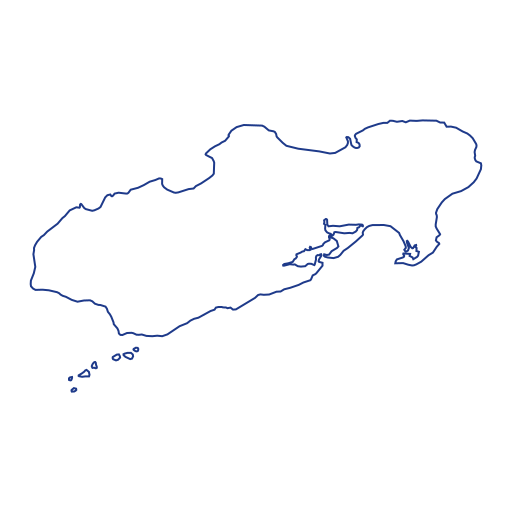 the district of Utila, Islas de la Bahía, Honduras
{"feature_id": "27666195B66203278575702", "entity_name": "Utila", "entity_type": "district", "adm_level": 2, "iso_a3": "HND", "parent_name": "Honduras", "parent_adm1": "Islas de la Bahía", "projection": "albers", "projection_center": [-86.928, 16.088], "detail": "fine", "context": "isolated", "style": "outline", "palette": "blue", "viewbox_px": 512, "rotation_deg": 0, "n_neighbors": 0, "source": "geoboundaries", "source_scale": "gbopen_adm2", "svg_char_len": 6044}
<svg xmlns="http://www.w3.org/2000/svg" viewBox="0 0 512 512"><path d="M362.9,130.4L356.1,133.8L355.2,134.8L354.8,135.9L355.5,137.9L356.8,139.4L356.6,142.1L358.5,142.9L359.5,144.3L359.7,146.2L358.9,147.4L357.6,147.9L356.0,148.0L354.5,147.5L352.6,146.2L351.4,144.9L350.1,138.8L348.4,137.2L346.8,137.0L346.3,137.4L347.9,141.2L347.9,143.1L347.2,145.0L345.4,147.3L335.2,152.9L329.9,153.5L319.3,151.4L298.2,148.7L286.4,145.8L282.7,142.8L277.2,137.3L276.6,136.4L276.1,133.9L274.8,131.9L273.5,131.3L268.8,130.4L264.4,126.7L262.1,125.6L243.8,125.0L236.6,127.1L231.4,130.7L228.7,134.6L228.5,135.2L229.0,136.0L228.8,136.5L225.1,140.8L221.6,142.5L219.4,144.2L215.0,146.3L210.3,149.3L205.9,153.5L205.6,154.4L206.2,155.1L212.1,158.1L213.7,161.1L214.2,162.7L213.8,173.7L212.4,175.5L209.1,178.1L201.1,183.4L195.9,186.1L193.6,188.5L188.6,189.1L178.3,192.4L175.7,192.8L173.9,192.5L167.2,189.6L164.1,187.3L162.8,185.6L162.1,183.9L162.2,179.1L160.8,178.5L159.1,178.4L155.4,180.0L149.7,181.7L143.8,185.1L138.0,187.8L130.7,189.7L128.4,192.8L127.4,193.5L126.2,193.6L118.6,192.7L114.6,193.6L113.1,195.6L112.0,196.3L111.4,196.1L110.3,194.5L107.4,195.2L105.2,197.4L100.5,207.0L98.5,208.5L94.4,210.3L92.2,210.8L85.8,209.1L84.3,208.1L81.3,204.1L80.8,203.9L80.1,204.5L79.9,207.1L79.5,207.7L76.3,207.3L69.7,210.4L64.9,216.1L62.4,218.1L57.6,223.7L47.2,231.6L43.9,235.1L41.2,236.9L37.1,241.8L35.1,245.2L34.0,248.0L34.1,250.1L33.4,254.2L35.3,266.9L33.8,273.3L30.9,280.6L30.7,284.1L31.0,286.3L33.1,288.6L35.5,289.9L42.5,289.7L48.9,290.3L57.1,292.2L59.1,293.2L60.6,294.6L62.7,295.8L65.9,296.8L71.8,299.9L77.5,301.7L83.9,300.5L90.0,300.3L92.3,301.3L94.9,303.7L98.4,304.9L100.4,305.0L105.5,306.6L106.9,308.7L107.9,311.8L109.9,314.3L111.3,316.8L113.5,322.3L113.8,324.2L117.4,328.4L118.5,330.9L118.9,333.5L120.4,334.9L122.4,335.0L127.0,333.0L131.5,332.8L133.3,333.2L136.5,334.7L138.9,334.8L141.8,334.5L146.4,335.9L152.3,336.2L157.3,335.7L162.2,336.2L167.4,334.4L179.6,326.2L187.1,323.2L190.4,320.6L194.1,318.8L198.4,317.7L210.6,311.0L214.5,309.7L215.9,307.6L218.4,307.0L221.8,307.0L223.0,307.4L226.0,307.5L227.5,308.2L230.5,307.6L233.0,309.6L235.9,309.4L255.0,297.9L258.1,295.0L260.4,294.4L263.8,294.8L269.2,294.5L276.5,291.7L280.6,291.5L284.2,289.3L290.2,287.8L298.7,284.9L303.4,282.5L310.4,280.2L311.2,279.0L312.7,275.4L315.2,274.2L316.2,273.4L322.5,265.7L322.5,262.8L319.1,261.9L318.6,261.1L319.1,259.3L321.1,256.1L321.4,254.9L321.1,254.2L320.0,254.5L319.3,255.2L317.5,255.1L316.3,256.1L315.9,257.4L316.0,259.5L314.7,264.6L314.3,265.1L311.3,263.8L308.9,263.7L307.7,264.0L305.2,266.2L300.9,266.6L297.8,266.2L294.8,264.4L293.3,264.6L289.8,264.2L283.9,265.7L283.2,265.6L283.1,265.0L284.3,264.0L288.2,263.3L292.7,261.9L294.4,259.2L295.7,258.5L296.8,257.0L296.9,256.4L296.3,255.2L296.5,254.3L300.6,252.6L302.2,251.6L304.0,251.2L305.4,249.2L307.1,250.1L309.7,250.1L310.5,249.7L309.7,247.6L310.1,246.8L310.9,247.1L311.5,248.7L312.5,249.0L322.0,245.9L322.9,245.1L323.3,244.0L325.0,242.3L329.3,240.3L329.7,239.2L329.0,237.4L329.0,236.2L329.4,235.7L331.1,234.9L331.3,234.4L330.6,233.8L328.7,233.2L327.0,232.3L325.4,230.3L325.1,228.6L325.4,224.9L324.0,223.8L324.4,222.1L324.1,220.3L325.8,219.0L326.5,219.1L327.1,219.8L327.3,224.6L328.5,226.3L333.0,225.8L339.7,226.3L348.7,224.6L356.0,224.8L358.8,224.4L362.0,224.6L362.7,225.1L363.0,226.0L362.8,226.3L361.0,225.5L360.3,225.7L359.0,227.3L357.4,227.9L357.1,230.0L355.7,231.6L352.5,233.3L349.6,232.9L344.3,233.3L335.7,232.0L334.4,232.2L333.5,234.7L332.4,235.7L330.9,236.2L330.6,237.0L331.2,237.6L333.4,238.3L336.8,241.0L338.4,246.4L337.1,247.9L331.6,251.2L329.1,254.6L326.8,255.0L324.2,254.3L323.8,255.7L324.9,256.7L327.8,257.5L333.6,258.1L338.1,256.8L340.3,254.9L343.6,250.8L347.8,248.0L355.8,241.5L362.6,235.3L363.0,234.5L362.7,232.8L363.2,231.3L364.8,229.2L367.0,227.1L369.3,225.9L372.4,225.1L383.8,225.0L390.5,226.2L399.1,232.9L399.9,235.0L403.5,241.2L405.7,246.3L405.8,247.9L404.3,249.8L405.4,251.5L406.6,251.4L408.0,250.5L408.9,248.0L407.0,242.8L406.8,241.1L407.2,240.8L408.0,241.5L410.7,246.9L412.3,248.3L413.1,248.1L414.7,245.4L416.1,245.0L416.2,245.6L415.3,247.0L416.6,248.0L416.4,251.0L418.9,251.8L418.1,255.6L417.2,256.8L413.3,259.2L412.5,257.4L409.6,255.9L410.1,253.9L403.4,253.5L403.2,254.1L404.2,255.9L403.9,256.8L402.8,257.5L396.9,259.4L395.7,261.3L395.3,263.3L403.1,263.1L408.2,264.7L412.1,265.5L414.0,265.3L416.3,264.4L421.2,261.7L428.6,255.2L432.9,252.6L436.8,246.7L439.3,243.9L439.0,243.1L436.9,241.7L435.9,240.4L436.6,237.3L439.5,235.2L440.1,234.2L436.6,228.5L435.7,226.4L435.7,224.4L436.9,217.0L436.7,215.2L436.1,213.9L436.0,212.8L437.3,209.1L441.8,202.4L444.8,199.1L452.4,193.7L461.1,191.1L468.4,187.1L473.7,182.3L476.6,178.5L480.9,169.2L481.3,165.4L480.9,163.3L476.3,161.4L475.4,160.2L474.8,158.5L474.7,157.2L475.2,155.8L474.6,152.1L475.0,150.0L476.4,146.9L476.5,145.2L476.1,143.9L472.7,138.2L470.0,135.5L467.3,133.5L462.7,131.5L456.1,127.7L451.0,126.6L446.6,126.7L444.2,122.6L440.1,122.5L436.4,120.7L422.5,120.4L416.7,120.9L409.8,120.6L405.8,122.3L402.3,121.0L396.9,121.8L392.9,120.8L390.0,120.7L387.3,122.9L383.3,122.9L378.4,124.0L368.0,127.4L364.9,128.8L362.9,130.4ZM82.2,376.8L85.2,376.4L89.0,376.4L89.5,374.8L88.9,371.9L86.5,369.9L85.3,370.4L84.2,371.7L81.9,373.4L78.7,375.3L78.6,375.9L79.0,376.2L82.2,376.8ZM130.2,359.1L132.0,358.6L133.1,356.3L132.8,354.5L131.0,352.9L127.3,352.9L124.7,353.6L123.5,354.2L123.6,355.2L125.5,356.9L130.2,359.1ZM116.0,360.4L118.0,359.8L120.1,357.6L119.9,356.3L118.9,354.4L116.8,354.6L112.8,357.0L112.6,358.0L113.1,359.2L116.0,360.4ZM95.9,368.3L96.8,367.8L96.8,366.9L96.0,364.6L95.8,362.8L95.2,362.0L94.8,362.0L94.1,362.3L92.9,363.6L91.9,365.6L91.8,366.6L92.5,367.9L94.0,367.7L95.9,368.3ZM136.7,351.4L137.7,351.1L138.1,350.4L138.3,349.0L137.7,347.9L135.9,347.7L133.7,348.9L133.5,349.6L133.9,350.1L135.4,351.1L136.7,351.4ZM71.8,391.6L74.2,391.5L75.6,390.7L76.3,389.9L76.1,388.7L73.9,388.1L72.4,389.3L71.6,390.0L71.5,390.8L71.8,391.6ZM70.3,380.4L71.1,380.2L71.5,379.6L72.1,377.8L72.0,377.0L70.0,377.4L69.0,378.3L69.0,379.9L70.3,380.4Z" fill="none" stroke="#1e3a8a" stroke-width="2"/></svg>